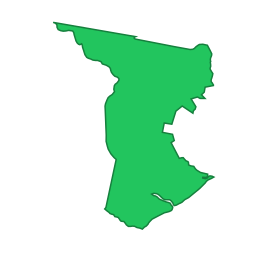 outline of Kinabatangan, Sabah, Malaysia, rotated 101°
{"feature_id": "92858781B11608738367966", "entity_name": "Kinabatangan", "entity_type": "district", "adm_level": 2, "iso_a3": "MYS", "parent_name": "Malaysia", "parent_adm1": "Sabah", "projection": "equal_earth", "projection_center": [118.123, 5.328], "detail": "fine", "context": "isolated", "style": "filled", "palette": "green", "viewbox_px": 256, "rotation_deg": 101, "n_neighbors": 0, "source": "geoboundaries", "source_scale": "gbopen_adm2", "svg_char_len": 2763}
<svg xmlns="http://www.w3.org/2000/svg" viewBox="0 0 256 256"><g transform="rotate(101 128 128)"><path d="M224.0,97.4L224.5,94.6L222.0,92.9L221.1,91.7L220.5,91.2L218.6,90.0L217.4,89.7L216.0,89.0L212.8,86.9L208.1,81.0L204.2,76.0L203.6,74.6L202.2,71.7L200.9,69.9L199.9,69.2L197.7,68.9L196.7,69.2L195.8,70.4L194.8,71.6L193.9,71.9L193.4,74.0L193.3,76.1L192.7,79.9L191.8,83.7L191.2,84.7L190.2,86.1L189.5,88.1L189.5,89.9L188.4,92.2L187.9,91.5L187.2,90.2L187.1,88.7L187.0,87.4L187.3,86.0L188.0,84.5L188.9,83.1L189.7,81.9L190.7,80.2L191.2,78.9L191.2,77.1L190.8,75.1L190.5,73.4L191.1,72.0L192.1,70.7L193.0,69.7L194.7,68.7L195.3,67.7L194.7,66.2L193.8,65.0L192.6,63.6L191.6,62.1L190.4,60.7L189.4,60.0L187.6,58.7L184.7,55.2L173.7,46.1L167.2,41.7L165.4,40.9L163.8,39.6L162.8,38.2L161.6,36.5L159.8,34.4L159.3,36.2L159.3,37.7L159.6,39.0L160.9,40.1L161.9,40.6L162.9,42.1L163.0,43.5L162.9,45.1L162.1,45.2L161.9,44.2L161.8,42.9L161.5,41.7L160.8,41.0L159.9,40.7L158.1,41.0L157.8,48.4L156.2,52.6L155.1,54.2L153.1,56.1L153.2,59.1L152.7,61.4L150.3,62.1L149.6,62.7L149.1,64.9L147.6,66.9L146.6,68.1L146.9,69.5L148.0,71.9L134.2,82.9L131.5,80.2L125.7,83.1L125.7,93.4L116.2,93.4L115.9,85.7L102.3,84.2L96.1,79.0L101.1,67.1L99.0,67.1L97.7,66.5L96.8,65.7L94.2,65.4L87.4,71.6L84.3,65.7L85.2,62.9L84.9,61.1L84.3,58.1L81.4,62.2L78.2,60.0L73.2,60.1L69.8,51.7L69.8,51.8L69.6,52.3L68.9,52.9L67.8,53.8L66.7,55.1L65.9,55.4L64.9,55.5L64.1,55.5L63.5,55.4L61.9,55.2L60.6,55.1L59.8,55.1L58.4,55.1L57.1,56.4L55.5,57.8L54.8,58.4L53.9,58.8L52.7,58.7L51.6,58.6L49.6,59.1L47.7,59.8L47.1,59.5L45.3,60.2L43.6,60.3L41.0,59.8L39.3,59.9L36.6,61.9L31.6,65.9L31.6,67.6L31.5,70.5L32.4,73.9L33.6,75.2L35.2,76.7L37.3,78.1L38.4,79.5L39.1,82.0L39.3,97.9L39.3,137.8L38.8,139.0L37.7,139.2L36.9,138.0L38.6,221.6L39.0,219.2L40.2,217.5L42.8,216.8L44.7,215.3L45.3,212.7L45.3,210.1L44.6,207.5L43.5,204.9L43.3,200.8L44.8,199.4L46.6,198.7L52.5,195.6L54.3,194.0L55.2,192.5L55.4,191.1L54.2,189.6L55.4,188.7L57.4,188.0L60.8,186.1L62.5,185.2L64.3,184.2L66.5,182.0L67.1,180.3L67.4,177.8L68.0,175.5L67.9,173.0L67.5,170.7L68.0,167.2L70.0,165.4L70.5,161.3L71.6,158.2L72.9,156.7L74.8,155.9L76.6,154.8L78.5,152.7L79.7,150.8L80.1,148.2L81.1,146.5L82.7,146.0L84.1,146.5L86.0,147.5L87.5,148.9L89.2,149.5L92.7,149.3L94.9,148.2L98.2,149.9L100.1,151.9L102.0,153.3L104.7,154.0L108.5,154.7L110.9,154.7L114.2,153.9L122.2,152.0L139.2,148.0L145.3,146.9L149.6,144.9L152.5,143.4L156.6,139.9L158.3,137.8L159.7,136.0L161.1,133.6L210.3,134.5L211.9,135.4L213.6,132.4L214.4,130.6L215.4,129.3L215.7,127.5L215.8,125.6L217.5,124.0L217.5,122.1L217.7,120.5L219.1,119.0L220.2,118.0L220.8,117.0L220.6,114.1L222.2,112.3L223.4,111.1L224.5,108.9L224.1,106.7L223.5,105.1L223.2,102.9L224.0,100.2L224.0,97.4Z" fill="#22c55e" stroke="#15803d" stroke-width="1.5"/></g></svg>